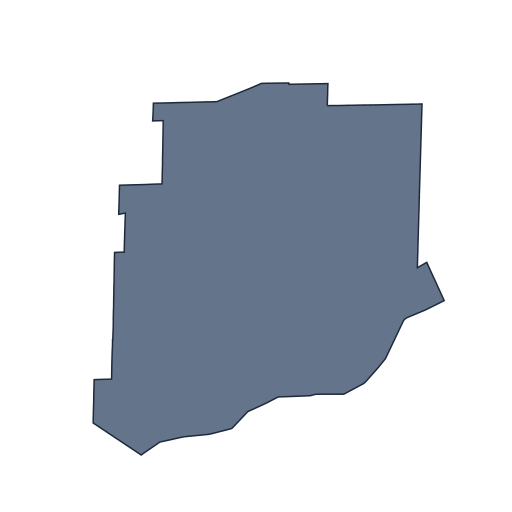 San Martín, Santa Fe, Argentina (Equal Earth projection), rotated 258°
{"feature_id": "61730980B15935899611470", "entity_name": "San Martín", "entity_type": "district", "adm_level": 2, "iso_a3": "ARG", "parent_name": "Argentina", "parent_adm1": "Santa Fe", "projection": "equal_earth", "projection_center": [-61.712, -32.002], "detail": "fine", "context": "isolated", "style": "filled", "palette": "slate", "viewbox_px": 512, "rotation_deg": 258, "n_neighbors": 0, "source": "geoboundaries", "source_scale": "gbopen_adm2", "svg_char_len": 3319}
<svg xmlns="http://www.w3.org/2000/svg" viewBox="0 0 512 512"><g transform="rotate(258 256 256)"><path d="M107.9,287.7L107.4,290.4L105.8,297.9L102.6,313.2L108.2,332.4L108.9,334.9L110.2,337.1L112.7,340.5L121.1,351.9L128.7,361.3L132.1,363.9L159.3,384.7L161.8,386.6L162.9,387.7L163.6,389.1L164.3,390.8L168.0,410.5L173.1,430.3L173.3,430.8L182.8,428.7L189.9,427.1L195.4,425.9L200.1,424.8L210.5,422.5L213.9,421.8L214.3,421.7L211.4,412.7L211.0,411.4L223.5,414.4L224.9,414.8L230.6,416.1L252.8,421.5L253.2,421.6L263.6,424.1L267.5,425.1L273.6,426.5L275.5,427.0L276.8,427.3L279.9,428.1L280.5,428.2L281.1,428.3L284.2,429.1L287.6,429.9L309.8,435.3L350.9,445.3L355.9,446.5L370.2,450.0L370.5,448.4L370.7,447.3L370.9,446.0L371.5,442.9L372.1,440.0L372.7,436.7L374.1,429.5L374.5,427.6L374.7,426.5L374.8,425.8L375.8,420.8L377.3,412.9L377.8,410.2L378.1,408.7L378.4,407.0L379.1,403.5L381.8,390.1L383.4,381.6L384.3,377.2L384.4,376.7L384.9,374.0L385.4,371.1L385.9,368.7L386.1,367.7L386.3,366.7L386.4,366.2L386.5,365.8L387.8,359.5L387.9,358.7L388.3,356.9L388.3,357.0L394.1,358.4L398.0,359.4L401.1,360.1L405.4,361.1L408.5,361.9L409.7,362.2L410.2,359.7L411.5,352.8L413.2,344.1L413.9,340.7L414.2,338.9L415.6,331.8L417.1,323.8L417.4,323.9L418.4,324.1L420.7,312.7L421.5,308.6L423.1,300.6L423.1,300.4L423.4,299.0L423.6,298.0L423.7,297.4L421.4,285.7L420.3,279.7L419.9,277.4L416.0,254.8L416.0,254.6L415.4,251.5L415.2,250.4L415.1,249.8L415.8,246.0L416.8,240.6L416.9,240.3L417.6,236.6L417.6,236.4L419.1,228.4L419.9,224.0L420.4,221.3L420.8,219.3L422.3,211.6L422.4,210.8L422.7,209.2L423.2,206.3L423.4,205.4L423.7,203.7L425.4,194.7L426.6,188.6L426.8,187.4L419.0,185.5L409.8,183.1L409.6,183.0L409.0,186.4L407.7,193.4L404.0,192.5L402.3,192.2L399.9,191.6L392.9,190.0L384.7,188.1L383.7,187.9L375.7,186.0L368.9,184.4L366.3,183.9L356.4,181.5L355.4,181.3L354.3,181.0L353.9,180.9L353.2,180.8L349.6,179.9L349.4,179.8L349.2,179.8L347.1,179.3L346.3,179.1L346.1,179.0L346.2,178.1L346.4,176.9L346.5,176.7L347.6,170.6L348.6,164.6L348.7,163.9L353.4,138.4L353.6,137.2L353.0,137.1L352.7,137.0L345.3,135.2L345.1,135.2L330.3,131.6L328.4,131.1L326.3,130.6L325.3,130.4L325.2,131.2L325.2,133.0L325.2,134.3L325.1,137.1L320.5,136.0L314.9,134.6L307.9,132.9L307.7,132.8L302.7,131.6L301.3,131.3L301.0,131.2L297.4,130.3L294.0,129.5L288.1,128.1L287.4,127.9L287.2,127.9L287.7,125.2L288.4,121.5L288.7,119.6L288.9,118.4L283.8,117.2L279.7,116.2L275.2,115.2L272.3,114.5L270.8,114.2L264.4,112.7L260.3,111.8L256.8,110.9L253.6,110.2L253.0,110.0L251.4,109.7L250.6,109.5L247.9,108.9L247.5,108.8L247.0,108.7L243.4,107.8L240.2,107.1L235.3,106.0L230.6,104.8L229.6,104.6L229.4,104.6L225.9,103.7L222.1,102.9L217.5,101.9L212.7,100.7L207.1,99.3L206.7,99.2L204.1,98.6L204.1,98.3L200.4,97.5L195.1,96.2L194.9,96.1L194.7,96.0L178.5,92.1L178.4,92.1L165.8,89.2L165.6,89.1L166.6,83.7L167.2,80.6L167.8,77.2L168.5,73.2L168.7,72.0L163.5,70.7L163.0,70.6L159.4,69.8L156.0,68.9L152.3,68.1L148.1,67.1L147.9,67.1L142.1,65.7L140.5,65.3L138.4,64.8L136.5,64.3L134.5,63.9L132.1,63.3L131.0,63.0L126.5,62.0L125.6,62.9L87.8,99.8L85.2,102.3L87.5,107.6L94.0,123.2L94.1,137.9L94.2,147.5L91.4,172.6L91.4,175.9L92.3,196.1L92.7,197.1L105.5,215.6L106.8,221.6L110.1,236.0L112.4,244.3L113.5,248.5L109.3,272.7L108.1,279.8L108.1,281.1L108.2,281.8L108.3,285.8L107.9,287.7Z" fill="#64748b" stroke="#1e293b" stroke-width="1.5"/></g></svg>